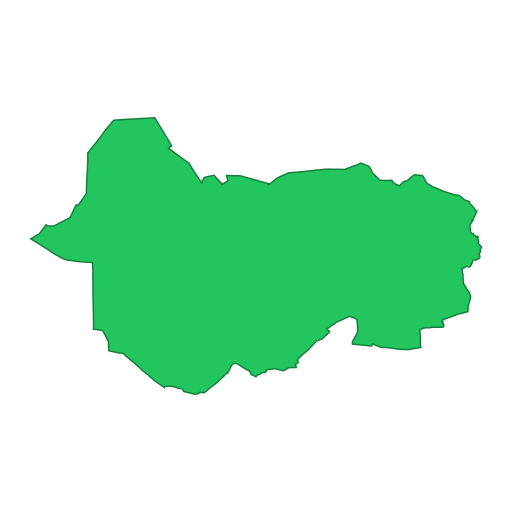 Dricānu pag., Rezeknes, Latvia (orthographic projection)
{"feature_id": "27541924B14059531944666", "entity_name": "Dricānu pag.", "entity_type": "district", "adm_level": 2, "iso_a3": "LVA", "parent_name": "Latvia", "parent_adm1": "Rezeknes", "projection": "orthographic", "projection_center": [27.228, 56.664], "detail": "fine", "context": "isolated", "style": "filled", "palette": "green", "viewbox_px": 512, "rotation_deg": 0, "n_neighbors": 0, "source": "geoboundaries", "source_scale": "gbopen_adm2", "svg_char_len": 5945}
<svg xmlns="http://www.w3.org/2000/svg" viewBox="0 0 512 512"><path d="M414.2,174.8L409.9,178.3L408.2,179.9L407.7,180.2L407.0,180.8L406.2,180.9L403.7,181.7L399.2,185.8L397.9,185.1L395.6,184.2L393.5,182.8L391.7,180.2L387.6,180.5L385.2,180.5L379.7,180.2L372.6,172.8L369.3,166.7L368.5,166.3L368.2,166.0L366.4,165.4L361.0,163.1L359.2,163.9L356.5,165.2L355.6,165.3L348.3,168.0L344.7,169.4L325.7,169.2L324.3,169.3L318.6,170.0L315.4,170.1L314.9,170.4L305.5,171.3L303.8,171.6L299.4,171.9L295.4,172.3L288.9,172.8L281.7,175.9L277.4,178.0L276.9,178.3L270.4,183.5L269.5,184.1L268.1,184.6L268.5,183.6L258.3,180.9L257.3,180.5L252.4,179.1L246.6,177.6L240.8,175.9L238.3,175.7L235.1,175.7L226.6,175.5L227.8,180.9L222.3,184.3L222.2,184.4L214.0,175.3L207.7,176.6L204.9,177.3L204.2,177.5L201.6,182.9L194.1,171.6L188.9,163.1L179.0,156.1L174.2,152.4L168.6,148.4L171.6,145.9L168.3,140.2L165.9,136.2L163.6,132.4L163.1,131.5L162.5,130.6L155.5,118.9L154.8,117.8L142.4,118.5L128.8,119.2L114.6,120.1L113.8,120.3L113.2,120.8L112.1,122.0L109.5,125.4L108.3,126.5L108.1,126.9L107.7,127.4L103.8,132.3L102.2,134.6L96.3,142.3L92.5,146.9L91.8,147.8L87.8,153.0L87.8,161.2L86.7,181.3L86.8,184.0L86.5,187.2L86.4,193.4L82.3,199.5L78.0,205.5L76.1,204.8L70.1,217.5L63.6,221.0L60.5,222.5L57.3,224.3L54.4,225.8L53.6,226.1L47.9,225.9L46.1,224.7L40.2,232.7L39.2,233.9L30.7,238.8L40.8,245.0L41.8,245.7L47.2,249.1L54.0,253.6L62.3,258.4L67.1,260.0L70.2,260.4L79.6,261.7L90.6,262.4L92.6,262.6L92.7,267.5L92.9,269.3L93.0,271.2L92.8,276.0L92.9,279.3L93.0,288.6L93.1,298.4L93.4,313.6L93.6,328.2L93.4,329.2L101.9,330.3L103.3,331.6L107.6,340.0L108.5,342.1L108.6,344.4L108.4,344.4L108.9,350.8L109.1,350.9L113.3,351.7L118.7,353.0L122.9,353.2L123.5,353.8L124.9,354.8L125.4,355.5L125.7,356.0L125.8,355.9L137.7,365.9L140.3,368.3L141.1,369.2L142.5,370.6L144.4,372.1L149.4,375.8L149.2,376.2L154.0,380.2L156.1,381.8L164.4,387.6L164.6,386.8L164.7,386.7L165.0,386.6L166.1,386.4L169.8,386.1L171.9,386.4L174.8,387.0L176.8,387.6L178.0,388.1L178.5,388.1L178.8,388.3L181.5,388.6L182.2,389.1L182.8,389.7L183.3,390.5L183.8,391.1L183.7,391.5L194.7,394.2L198.4,393.7L199.7,392.4L200.2,392.4L202.7,392.6L204.2,392.8L205.7,391.5L210.7,387.4L217.5,382.1L221.7,378.0L223.9,376.1L226.2,373.5L226.3,373.4L227.7,373.3L227.8,372.5L228.3,371.8L230.6,367.4L231.7,365.2L233.0,363.7L233.2,363.8L233.8,363.4L234.2,363.2L234.5,363.2L236.2,363.4L238.1,364.3L240.0,365.4L242.2,366.8L243.5,367.8L244.1,368.1L245.2,368.8L247.0,369.7L248.0,370.2L249.6,371.0L250.1,371.7L250.1,372.3L250.5,372.8L251.1,374.1L251.5,374.6L252.0,374.9L252.3,375.1L253.0,375.3L253.7,375.7L254.5,376.0L255.0,376.2L255.9,376.8L256.4,376.4L256.7,376.0L256.9,375.5L257.2,375.1L257.7,374.8L257.9,374.8L259.4,374.5L260.2,374.1L260.7,373.6L261.2,373.2L262.2,372.6L262.5,372.5L264.1,372.4L265.4,372.5L265.5,372.2L267.2,369.5L270.2,369.3L271.6,369.2L272.1,369.2L272.9,368.7L274.3,368.7L283.7,370.7L288.5,367.9L288.6,367.7L296.3,367.5L296.3,367.0L295.6,365.3L295.2,364.3L297.0,363.6L297.6,363.2L297.9,363.0L298.1,362.5L298.1,362.0L298.1,361.6L298.0,361.4L297.8,360.8L297.4,360.4L298.3,358.8L299.5,357.4L301.4,355.5L307.5,350.5L313.8,343.9L316.2,341.0L322.0,339.0L329.7,331.8L326.9,328.9L334.4,323.7L335.0,323.4L335.7,322.8L336.9,322.0L342.7,319.4L345.3,318.2L348.2,316.9L349.2,316.4L355.1,318.2L356.3,319.3L357.0,320.4L357.1,320.9L357.2,322.7L357.6,327.8L357.7,332.1L354.7,337.6L352.5,341.7L352.5,341.9L352.3,343.7L352.4,344.0L352.5,344.1L371.4,346.0L371.6,345.9L372.4,344.5L372.6,344.0L378.0,346.1L381.2,347.4L385.2,347.5L391.6,348.1L399.1,349.3L408.5,349.6L414.6,348.5L420.8,347.5L420.4,344.2L420.3,341.7L420.3,338.8L420.1,334.2L420.1,333.7L419.7,329.6L425.2,327.8L429.5,327.8L431.8,327.3L432.7,327.3L442.9,327.2L443.0,326.9L443.6,326.5L443.5,326.3L443.6,325.9L443.5,325.5L443.6,325.4L443.8,325.3L443.8,325.0L443.8,324.7L443.4,324.4L443.3,324.1L443.2,323.6L442.9,323.4L442.7,323.3L442.8,323.2L442.7,323.0L442.7,322.8L442.5,322.6L442.3,322.2L442.0,321.7L441.9,321.3L442.3,321.2L442.1,321.1L442.3,321.0L442.5,320.6L442.8,319.9L442.8,319.7L442.9,319.4L443.1,319.4L443.2,319.2L443.9,319.4L454.2,315.6L455.6,315.3L457.8,314.0L459.9,313.8L467.9,311.7L468.0,310.8L468.1,307.3L468.3,305.9L469.3,302.2L470.3,298.8L470.5,297.8L470.6,296.7L470.0,294.8L469.4,292.6L467.8,290.5L466.6,288.9L465.7,286.9L463.4,283.5L462.9,274.5L461.6,268.8L461.7,268.7L461.9,268.8L462.4,269.0L462.6,268.8L462.9,268.2L463.2,268.0L463.5,268.0L464.0,267.8L464.5,267.6L465.3,267.0L466.6,266.5L467.1,266.4L468.0,266.7L468.9,267.0L469.7,266.8L470.1,266.6L470.6,265.9L470.9,265.4L472.1,262.8L472.5,261.7L472.7,260.7L473.2,260.0L473.8,259.8L475.6,260.1L477.0,259.7L478.1,258.9L479.1,258.3L479.5,257.9L479.8,257.4L479.9,256.4L479.8,256.0L479.4,255.4L479.2,254.9L479.2,254.2L479.4,253.2L479.7,252.8L480.1,252.5L480.2,252.0L480.4,251.3L480.3,249.3L480.3,249.1L480.8,248.5L481.0,248.2L480.9,248.1L481.2,247.4L481.3,247.1L481.2,246.7L481.0,246.4L481.0,246.2L480.6,246.0L480.4,246.0L480.1,245.7L479.9,245.3L478.8,244.1L478.5,243.7L478.4,243.3L478.5,242.0L478.6,241.5L478.1,239.6L477.7,238.9L477.6,238.4L477.7,237.8L478.0,237.5L478.1,236.9L478.1,236.6L477.8,236.3L477.5,236.2L477.1,236.3L476.6,236.7L476.2,236.9L475.9,236.8L475.7,236.6L475.5,236.0L475.3,235.7L475.0,235.6L474.7,235.6L474.3,235.5L473.6,234.4L473.5,234.0L473.1,233.7L472.9,233.6L472.6,233.5L471.9,233.6L470.8,232.5L470.3,230.1L470.2,229.2L470.3,229.2L470.1,228.6L470.0,227.5L469.9,226.8L469.9,225.9L470.1,224.8L470.6,224.0L471.3,222.8L471.6,222.3L472.1,221.5L472.9,220.6L473.2,220.3L472.0,220.0L473.9,217.8L476.9,211.1L476.8,210.9L476.6,211.0L475.9,210.9L475.2,210.0L474.7,209.2L474.3,208.4L474.1,208.1L472.3,205.9L471.9,205.5L471.3,205.2L470.9,204.7L470.5,204.4L470.1,203.9L469.6,203.5L469.5,203.3L469.5,202.7L469.1,201.4L467.8,201.0L466.4,200.6L465.0,200.1L464.6,199.8L459.4,195.6L452.2,194.1L444.1,191.5L434.5,187.4L432.4,186.6L431.8,186.2L426.8,183.2L423.1,176.4L422.1,175.5L414.2,174.8Z" fill="#22c55e" stroke="#15803d" stroke-width="1.5"/></svg>